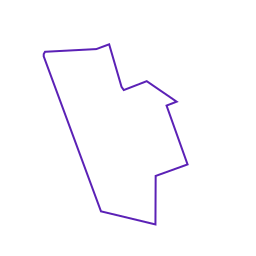 outline of Fada, Ennedi, Chad, rotated 160°
{"feature_id": "50815135B99861554638026", "entity_name": "Fada", "entity_type": "district", "adm_level": 2, "iso_a3": "TCD", "parent_name": "Chad", "parent_adm1": "Ennedi", "projection": "equal_earth", "projection_center": [20.845, 18.83], "detail": "fine", "context": "isolated", "style": "outline", "palette": "violet", "viewbox_px": 256, "rotation_deg": 160, "n_neighbors": 0, "source": "geoboundaries", "source_scale": "gbopen_adm2", "svg_char_len": 372}
<svg xmlns="http://www.w3.org/2000/svg" viewBox="0 0 256 256"><g transform="rotate(160 128 128)"><path d="M117.1,213.1L130.8,213.0L179.9,228.0L181.9,226.3L182.7,224.2L181.9,58.9L181.7,58.8L135.2,28.0L118.4,73.5L84.5,73.4L84.1,135.9L73.3,136.1L90.4,160.0L94.4,165.6L119.0,165.1L120.0,168.9L117.1,213.1L117.1,213.1Z" fill="none" stroke="#5b21b6" stroke-width="2"/></g></svg>